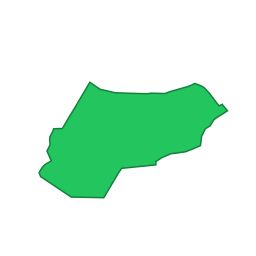 La Carierre, Castries, Saint Lucia, rotated 159°
{"feature_id": "8701671B73627657700806", "entity_name": "La Carierre", "entity_type": "district", "adm_level": 2, "iso_a3": "LCA", "parent_name": "Saint Lucia", "parent_adm1": "Castries", "projection": "mercator", "projection_center": [-60.987, 14.018], "detail": "fine", "context": "isolated", "style": "filled", "palette": "green", "viewbox_px": 256, "rotation_deg": 159, "n_neighbors": 0, "source": "geoboundaries", "source_scale": "gbopen_adm2", "svg_char_len": 1051}
<svg xmlns="http://www.w3.org/2000/svg" viewBox="0 0 256 256"><g transform="rotate(159 128 128)"><path d="M147.2,184.4L164.5,170.7L169.7,166.5L178.4,159.9L181.4,157.5L189.4,151.0L190.2,151.3L193.3,152.4L194.5,152.9L197.8,153.9L199.3,151.9L203.9,148.0L205.4,145.2L206.3,141.7L206.8,140.3L207.3,139.7L211.9,135.6L211.4,124.8L218.9,123.6L222.4,121.8L223.0,121.4L226.4,118.7L227.0,118.2L227.0,114.7L227.0,113.9L222.6,107.7L205.8,83.9L175.6,71.6L152.0,90.2L148.3,92.6L115.2,83.6L113.7,87.1L112.5,86.9L111.8,87.1L109.4,87.7L107.0,88.2L97.0,88.6L95.7,88.2L90.5,86.9L88.8,86.6L83.0,85.2L81.8,85.2L75.2,85.2L66.7,85.6L64.4,89.8L62.2,93.9L56.0,99.6L50.5,100.6L46.2,103.9L45.3,104.7L42.3,105.7L29.0,108.4L31.6,116.4L33.4,116.2L35.2,116.1L39.4,130.8L40.4,133.3L42.2,137.9L44.1,140.6L48.8,144.9L49.5,145.6L55.0,145.2L56.4,145.3L57.1,145.2L60.2,145.5L75.7,146.9L81.0,146.9L88.3,149.9L93.6,152.1L97.4,153.1L98.3,153.3L110.1,158.2L126.9,165.3L128.1,166.0L139.0,173.4L140.3,174.3L141.0,175.3L147.2,184.4Z" fill="#22c55e" stroke="#15803d" stroke-width="1.5"/></g></svg>